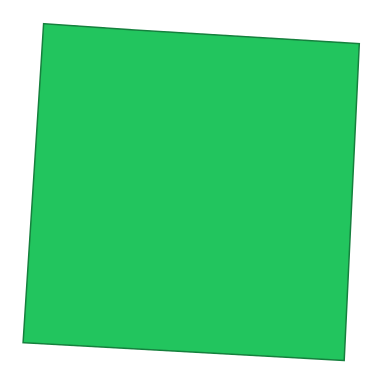 the district of Young, Texas, United States of America, rotated 183°
{"feature_id": "52423323B23202152143639", "entity_name": "Young", "entity_type": "district", "adm_level": 2, "iso_a3": "USA", "parent_name": "United States of America", "parent_adm1": "Texas", "projection": "robinson", "projection_center": [-98.597, 33.175], "detail": "fine", "context": "isolated", "style": "filled", "palette": "green", "viewbox_px": 384, "rotation_deg": 183, "n_neighbors": 0, "source": "geoboundaries", "source_scale": "gbopen_adm2", "svg_char_len": 251}
<svg xmlns="http://www.w3.org/2000/svg" viewBox="0 0 384 384"><g transform="rotate(183 192 192)"><path d="M349.4,312.2L352.8,32.7L31.2,31.7L32.7,348.9L259.4,350.8L349.0,352.3L349.4,312.2Z" fill="#22c55e" stroke="#15803d" stroke-width="1.5"/></g></svg>